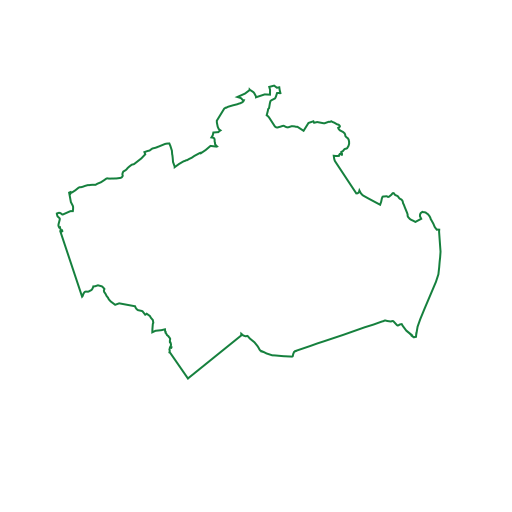 Manatí, Atlántico, Colombia (Mercator projection), rotated 237°
{"feature_id": "7082276B98170860675351", "entity_name": "Manatí", "entity_type": "district", "adm_level": 2, "iso_a3": "COL", "parent_name": "Colombia", "parent_adm1": "Atlántico", "projection": "mercator", "projection_center": [-74.975, 10.456], "detail": "fine", "context": "isolated", "style": "outline", "palette": "green", "viewbox_px": 512, "rotation_deg": 237, "n_neighbors": 0, "source": "geoboundaries", "source_scale": "gbopen_adm2", "svg_char_len": 6107}
<svg xmlns="http://www.w3.org/2000/svg" viewBox="0 0 512 512"><g transform="rotate(237 256 256)"><path d="M398.6,340.7L398.2,335.2L399.5,327.0L397.1,329.0L396.2,329.5L395.3,329.6L393.7,329.9L393.2,330.6L392.8,330.0L392.5,329.2L392.4,328.0L392.7,325.8L393.1,324.7L393.5,322.8L394.9,318.8L396.3,314.1L396.5,313.0L396.5,311.9L396.9,311.4L396.9,309.6L390.8,296.8L389.1,295.8L385.3,294.3L382.9,293.9L381.7,294.2L380.7,294.6L380.7,293.2L380.4,291.9L382.8,287.5L380.8,285.5L379.7,283.2L378.4,284.6L377.8,284.9L377.3,285.0L376.2,284.7L374.4,283.6L373.0,283.2L372.6,282.8L372.0,282.6L370.4,282.7L369.1,283.0L369.2,282.5L373.1,277.8L372.3,271.5L372.2,265.8L372.7,265.9L373.0,264.7L373.5,258.8L373.4,255.6L373.8,252.9L373.9,250.4L374.3,249.7L374.5,247.9L374.8,247.1L374.9,246.2L375.1,241.4L375.0,240.1L374.8,236.2L375.3,236.5L380.0,237.6L383.7,239.6L385.9,240.7L387.0,241.1L390.1,242.8L394.8,244.1L397.6,244.6L398.8,242.5L399.5,240.8L400.9,233.4L401.2,232.6L401.1,232.2L401.7,230.1L402.5,227.9L402.6,227.2L402.4,224.2L403.1,222.3L403.9,219.0L401.6,218.5L400.3,213.0L399.5,203.8L399.6,203.3L400.2,201.7L400.2,200.8L400.0,198.3L399.7,196.3L399.1,194.4L399.0,193.2L399.1,190.7L398.5,189.7L397.7,188.8L397.2,188.4L396.0,188.0L395.7,187.7L395.2,186.6L395.1,186.0L395.3,184.9L397.1,181.1L400.2,176.1L401.1,174.7L402.1,173.6L402.4,172.7L402.4,171.9L402.3,170.1L402.3,166.1L403.0,162.4L403.1,160.2L404.8,157.6L405.8,155.8L406.2,154.8L407.1,153.4L407.9,150.8L408.4,148.5L409.0,146.7L409.8,145.4L409.9,144.2L409.5,140.2L409.5,136.5L409.8,135.2L409.6,134.8L410.1,135.1L410.2,134.7L410.7,135.0L410.9,133.8L402.0,130.1L397.9,129.7L396.7,129.3L394.9,128.1L393.4,126.8L394.6,124.9L394.8,124.2L396.0,116.6L396.4,116.1L398.1,115.5L399.1,114.9L399.7,113.9L400.1,112.1L399.5,111.8L397.6,111.2L397.0,111.2L394.9,111.8L394.1,111.7L393.3,111.1L390.1,107.6L389.0,106.8L387.6,106.5L387.0,106.5L386.9,107.2L385.8,106.8L383.4,106.6L383.2,107.3L382.7,107.2L382.7,106.8L382.3,106.8L382.3,106.5L382.6,106.5L382.7,105.9L383.5,106.0L383.5,105.4L316.6,88.0L316.8,88.7L318.5,91.0L319.0,92.3L319.1,92.9L319.0,93.5L318.7,94.1L317.6,95.6L317.4,96.1L317.1,99.3L317.2,99.9L317.5,100.7L318.6,102.5L319.1,103.0L318.3,104.4L317.5,107.5L314.6,110.1L314.0,110.4L312.0,110.8L310.9,110.9L310.1,109.8L309.4,109.4L308.6,109.1L306.3,109.2L303.7,108.9L301.5,109.2L300.9,109.0L299.4,109.0L297.0,109.4L291.8,111.3L290.8,115.5L279.7,127.2L278.4,126.9L277.1,126.9L276.0,127.1L274.9,127.5L272.3,130.1L271.5,130.7L267.1,131.1L267.0,132.4L267.1,132.9L263.5,134.3L261.4,134.2L258.5,134.6L255.9,133.5L255.7,133.0L255.0,132.3L251.1,129.3L248.5,127.5L248.0,131.0L245.3,136.3L244.1,139.7L242.1,138.7L241.6,138.9L240.9,138.3L240.1,138.5L239.4,138.4L238.1,138.3L236.3,138.9L235.7,138.8L234.7,139.0L233.3,138.9L232.9,138.6L231.7,137.5L231.0,137.1L231.0,137.3L229.3,137.0L227.9,136.4L227.2,135.8L226.8,135.2L226.5,134.6L225.5,135.4L225.2,135.0L226.2,134.3L224.8,132.5L223.2,131.9L222.9,131.5L222.3,130.9L221.9,131.2L221.1,131.3L190.3,132.2L190.5,133.4L197.4,200.3L198.8,201.3L196.3,202.0L194.4,203.5L194.1,204.0L193.8,205.1L193.4,205.4L190.1,205.9L184.5,207.7L179.8,208.2L178.0,208.2L175.5,208.0L174.4,208.1L172.3,209.5L172.3,209.2L170.9,210.4L168.6,211.7L163.9,215.5L162.1,218.0L157.2,224.2L152.3,231.0L152.0,231.5L151.9,231.9L152.0,232.3L153.6,233.9L154.8,235.7L154.8,236.6L154.6,237.5L154.8,237.5L151.0,252.4L149.2,260.1L147.6,266.0L142.3,286.4L137.0,308.4L134.5,317.2L132.5,325.8L131.9,327.6L131.9,328.4L131.7,329.0L131.5,329.3L129.9,330.8L127.8,333.2L127.4,334.0L127.3,334.8L126.6,335.6L125.8,335.8L121.6,336.5L120.7,336.8L120.3,337.5L120.2,339.5L119.5,341.1L117.6,341.0L111.4,341.4L109.4,342.0L109.1,342.1L109.3,342.2L105.9,343.3L105.9,343.1L104.6,343.6L104.4,343.1L102.9,343.6L102.3,344.2L101.8,344.2L101.1,346.2L103.7,348.2L103.6,348.3L108.7,353.0L113.6,359.4L120.1,368.8L136.3,392.8L141.3,399.0L146.9,403.6L150.8,406.6L154.6,409.7L159.1,413.1L176.7,422.8L178.3,424.0L179.2,422.8L179.5,422.0L181.1,421.8L183.1,421.7L186.4,422.3L190.4,422.6L191.6,422.6L193.0,423.0L194.7,423.2L197.2,423.0L197.8,422.8L199.2,422.2L200.0,422.0L200.7,421.4L201.9,419.9L202.4,419.6L202.3,417.6L202.1,417.2L201.7,416.5L201.2,416.0L200.1,415.2L197.2,414.8L197.8,408.2L199.7,407.2L201.9,405.8L203.3,405.2L205.8,404.8L207.1,405.0L208.1,405.7L209.8,406.2L215.7,407.3L218.4,407.9L220.2,408.1L221.7,408.7L222.8,408.9L224.2,408.7L225.5,407.9L226.5,407.6L228.8,407.5L229.8,407.0L230.8,406.3L231.8,405.8L233.3,405.8L233.7,405.7L234.1,405.2L234.2,404.7L233.6,402.8L233.3,399.9L233.4,399.4L233.6,398.9L234.7,398.3L235.1,397.9L235.9,396.3L236.5,395.3L236.8,394.5L235.8,393.0L233.3,390.5L231.4,388.0L243.0,381.6L248.3,378.8L249.5,378.4L251.6,378.1L252.9,378.2L254.6,378.4L253.8,377.5L253.4,376.8L253.3,376.4L253.3,375.2L253.9,374.2L255.2,374.2L292.6,373.9L293.2,374.0L294.9,374.5L297.7,375.8L296.3,377.5L294.8,380.0L295.4,380.7L295.9,381.8L295.9,382.1L295.6,382.4L294.3,382.9L294.1,383.1L294.4,383.5L294.9,383.8L296.4,383.9L296.8,384.1L296.7,386.2L297.3,387.9L297.4,388.6L297.2,389.5L296.8,390.4L296.8,391.2L298.0,393.6L299.4,395.2L301.3,396.4L303.3,397.1L304.9,397.1L306.0,396.6L307.6,396.3L308.2,396.4L309.3,396.9L310.6,397.1L312.5,396.6L315.7,394.8L317.4,394.5L318.7,394.7L318.7,396.2L318.9,396.8L319.1,397.0L319.8,397.1L320.8,396.9L321.2,396.7L322.3,395.7L325.3,394.2L326.8,393.1L328.0,392.5L328.2,391.1L329.0,390.0L330.0,385.7L330.6,384.9L335.0,380.3L336.1,377.3L337.7,377.5L339.0,372.5L335.1,364.1L341.8,361.1L342.6,359.9L343.8,358.8L345.4,356.7L346.3,353.4L346.7,352.5L347.4,351.8L348.2,351.2L349.9,350.3L350.3,349.9L350.8,348.4L351.2,346.7L351.6,345.7L352.0,344.1L352.5,343.4L353.1,342.9L354.3,342.4L365.3,342.4L367.0,342.1L368.2,341.6L371.3,345.0L372.5,346.1L372.7,346.5L372.8,347.2L372.9,347.5L376.4,350.7L378.0,352.4L378.2,353.3L378.2,354.0L377.8,357.7L378.1,358.4L378.9,359.6L381.2,362.4L380.4,363.8L379.4,364.8L379.3,365.2L382.2,366.2L384.8,367.4L385.7,365.2L389.0,364.0L390.6,359.2L387.7,358.3L383.7,355.6L386.8,351.3L389.1,342.5L389.5,342.8L389.9,342.9L393.4,343.2L394.7,343.1L397.1,342.1L398.5,341.4L399.1,341.3L398.6,340.9L398.6,340.7Z" fill="none" stroke="#15803d" stroke-width="2"/></g></svg>